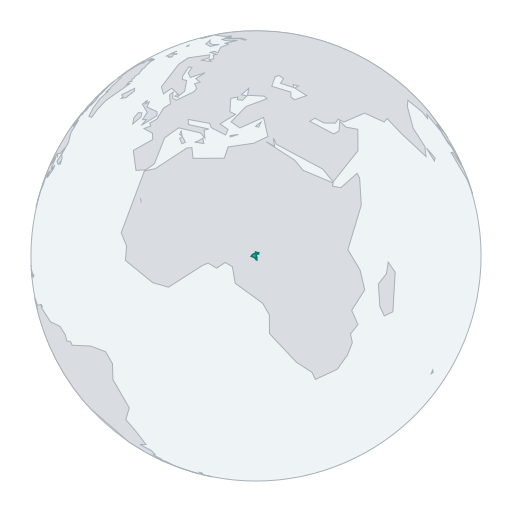 globe centered on Sangha-Mbaéré, rotated 337°
{"feature_id": "CAF-802", "entity_name": "Sangha-Mbaéré", "entity_type": "Economic Prefecture", "adm_level": 1, "iso_a3": "CAF", "parent_name": "Central African Republic", "parent_adm1": "", "projection": "orthographic", "projection_center": [16.411, 3.248], "detail": "fine", "context": "on_globe", "style": "filled", "palette": "teal", "viewbox_px": 512, "rotation_deg": 337, "n_neighbors": 0, "source": "natural_earth", "source_scale": "10m", "svg_char_len": 8145}
<svg xmlns="http://www.w3.org/2000/svg" viewBox="0 0 512 512"><g transform="rotate(337 256 256)"><circle cx="256" cy="256" r="225" fill="#eef3f6" stroke="#a8b0b8"/><path d="M175.9,45.5L174.8,45.9L169.7,47.9L175.9,45.5ZM129.0,69.9L131.9,68.0L139.7,63.0L143.1,61.1L151.7,56.4L151.8,56.6L147.3,59.6L140.2,63.8L138.0,65.5L145.9,61.5L133.8,70.2L127.7,78.1L124.5,80.8L115.9,85.0L113.0,84.1L102.0,92.4L110.5,86.9L102.2,95.0L101.4,96.5L102.6,96.4L106.4,93.5L103.8,96.5L94.4,102.4L96.6,99.6L99.5,97.6L98.1,97.6L91.7,102.8L88.0,107.2L82.3,112.6L79.5,116.0L76.7,119.5L79.2,116.4L90.3,103.4L102.3,91.3L115.3,80.1L129.0,69.9ZM78.2,117.6L72.8,124.8L72.6,125.2L78.2,117.6ZM35.2,211.5L36.1,208.0L33.7,221.0L36.2,209.4L35.5,216.0L39.3,216.7L38.3,219.6L41.1,236.2L48.1,244.3L49.7,254.3L48.5,260.1L51.8,262.3L51.9,266.3L68.6,274.3L80.1,285.3L81.8,299.0L76.0,313.9L80.0,346.4L72.2,355.7L76.4,368.6L81.1,386.6L75.5,384.2L83.5,394.0L85.7,399.2L83.9,399.0L89.1,405.5L88.0,405.2L92.7,409.8L99.2,417.5L107.0,424.6L113.8,430.8L119.0,434.8L118.6,434.5L103.7,422.0L90.0,408.3L77.5,393.4L66.3,377.5L66.0,377.0L44.4,332.7L41.1,323.6L40.2,320.8L36.2,305.5L33.3,290.0L31.5,274.4L30.7,258.6L31.1,242.8L32.6,227.1L35.2,211.5ZM45.1,176.7L44.7,177.9L44.6,178.0L45.1,176.7ZM151.2,56.6L151.3,56.5L149.7,57.4L151.2,56.6ZM157.1,53.6L156.9,53.7L157.1,53.6ZM189.6,40.9L189.8,40.7L193.3,39.7L189.6,40.9ZM201.7,37.4L200.9,37.6L197.7,38.5L198.9,38.1L201.7,37.4ZM222.4,33.2L223.6,33.1L215.3,34.5L212.8,34.9L222.4,33.2ZM120.9,436.3L119.8,435.4L127.3,440.7L129.3,442.3L128.3,441.6L120.9,436.3ZM120.1,434.6L119.4,433.1L121.2,434.3L122.1,435.6L120.1,434.6ZM466.1,174.8L468.0,180.1L471.4,190.0L477.8,216.8L478.7,222.6L477.9,217.6L473.8,205.2L476.6,221.5L479.8,235.1L481.1,251.4L480.2,246.3L478.5,232.1L477.0,227.3L474.8,213.0L468.7,192.5L467.6,196.5L465.2,188.2L456.7,172.0L453.7,177.5L450.6,199.8L454.2,221.2L451.4,230.9L437.9,200.7L430.4,180.7L426.4,182.8L411.8,166.9L389.1,167.0L385.1,162.1L381.0,164.7L370.5,160.1L364.1,152.2L358.1,153.0L375.2,174.0L381.4,173.3L385.6,164.8L389.2,172.5L399.2,179.2L391.0,198.9L356.0,217.9L351.4,202.0L318.2,160.9L318.4,156.3L318.3,155.8L317.8,154.9L316.0,162.4L309.9,154.7L329.0,182.8L332.8,195.5L355.6,218.9L353.7,221.5L360.7,226.3L381.4,219.4L381.8,224.8L372.8,250.3L343.0,286.1L346.3,309.5L342.9,329.6L322.8,343.5L323.1,358.9L312.5,364.7L310.8,373.4L301.5,382.9L286.4,392.0L262.4,392.8L262.1,384.9L251.8,369.8L238.1,332.7L245.3,315.4L243.7,302.1L226.2,273.0L230.1,256.6L225.1,249.9L215.0,251.8L209.1,243.8L202.9,243.8L163.3,250.5L150.6,240.3L134.1,209.0L140.8,196.3L141.0,182.0L186.5,134.1L197.3,136.3L234.5,129.6L239.3,131.1L236.2,141.5L265.1,153.6L272.9,144.7L297.9,151.3L313.6,150.7L317.1,131.4L291.2,131.8L285.5,122.8L305.2,114.5L327.6,115.5L326.1,112.1L310.9,104.7L315.0,98.8L305.5,101.8L310.2,105.1L304.4,107.4L299.8,104.7L301.4,102.5L294.3,101.1L288.4,113.0L292.5,117.7L274.6,120.3L279.7,128.6L275.2,132.7L265.0,120.4L265.2,115.8L247.0,103.8L245.2,108.6L262.2,120.7L257.4,119.8L255.0,127.6L253.0,121.0L234.9,107.8L218.1,111.5L198.5,131.4L188.3,133.6L179.0,130.3L184.3,110.9L206.5,108.4L208.7,102.6L202.7,94.9L209.9,95.2L210.2,92.1L218.4,91.3L228.6,83.7L236.7,82.6L239.3,74.0L243.8,72.6L241.0,77.9L243.4,81.5L263.4,80.5L266.9,78.6L266.9,73.3L272.4,74.2L269.9,69.3L280.8,67.4L265.4,66.0L265.1,61.0L270.8,57.3L267.9,55.7L258.6,61.9L257.3,64.8L260.7,67.4L254.8,76.4L248.3,78.2L243.9,68.7L234.1,70.6L235.0,63.3L259.8,49.3L270.8,47.1L292.0,52.7L290.3,55.3L281.8,54.4L290.9,59.4L289.6,56.9L294.2,58.0L295.0,54.4L298.3,55.0L293.4,50.8L297.5,51.2L300.5,53.9L305.2,49.9L313.4,50.5L312.9,49.4L310.0,48.0L322.3,50.2L321.4,49.4L317.0,48.2L312.3,45.9L308.8,43.1L313.3,44.0L315.1,45.1L325.7,49.4L330.0,53.0L331.5,53.1L328.8,50.3L315.9,45.0L312.5,43.1L319.0,45.2L316.4,44.3L316.1,43.6L320.0,44.1L313.1,41.7L304.0,36.3L310.6,37.5L317.3,39.4L316.6,39.0L332.0,43.9L346.9,49.9L361.4,56.9L375.4,64.9L388.7,74.0L401.4,83.9L413.3,94.7L424.4,106.4L434.7,118.8L444.0,131.9L452.4,145.7L459.8,160.0L466.1,174.8ZM172.3,157.6L171.4,161.8L172.3,157.6ZM352.7,127.3L365.3,128.1L357.3,116.6L361.5,116.1L357.3,112.7L356.7,115.8L346.0,106.5L350.6,103.5L347.9,98.9L343.6,98.5L336.8,105.9L352.1,118.7L350.2,123.4L352.7,127.3ZM39.4,216.6L39.6,219.3L38.8,219.1L39.4,216.6ZM43.8,185.9L44.1,187.3L43.0,188.1L43.8,185.9ZM44.2,179.5L43.4,185.3L41.4,188.5L42.2,185.0L42.6,184.3L44.2,179.5ZM102.7,94.6L103.4,94.2L103.9,94.8L102.1,95.9L102.7,94.6ZM115.6,90.4L111.2,95.5L113.1,92.3L109.7,94.5L109.6,91.2L122.8,82.1L116.8,86.6L115.6,90.4ZM113.0,85.2L111.6,87.7L112.6,85.3L113.0,85.2ZM203.7,78.1L206.9,79.6L204.4,83.1L194.1,86.3L197.6,81.1L203.7,78.1ZM212.1,81.2L210.7,71.9L217.0,70.2L213.7,72.6L218.0,72.4L213.9,76.3L221.3,84.5L219.6,88.2L201.5,90.9L208.4,87.6L204.8,86.1L212.1,81.2ZM195.8,57.5L195.3,55.1L209.8,54.2L208.6,56.6L198.2,59.4L193.5,58.3L195.8,57.5ZM169.6,48.1L168.5,48.5L170.3,47.8L172.7,46.8L169.6,48.1ZM191.5,40.1L193.7,39.5L187.2,41.5L189.4,40.9L176.5,46.3L174.5,46.8L169.3,50.2L162.1,53.1L165.7,50.6L156.3,55.8L156.7,54.8L150.9,58.3L159.7,52.6L159.6,52.4L162.4,51.4L169.0,48.6L171.9,47.4L179.9,44.0L181.1,43.5L191.5,40.1ZM238.7,34.2L233.2,34.3L239.7,35.4L233.2,36.1L234.3,36.2L230.1,37.4L227.0,39.2L223.9,39.5L224.0,40.1L221.2,41.2L220.3,42.3L214.4,43.4L212.9,44.9L211.0,44.6L209.9,47.1L208.0,45.8L204.2,47.5L208.1,47.9L178.2,54.3L167.2,59.2L158.9,64.2L156.8,62.2L163.2,56.6L173.7,50.3L184.7,46.4L181.7,46.6L186.1,44.9L186.6,45.5L188.5,43.7L192.2,42.6L201.6,39.1L201.9,38.0L205.4,36.9L207.1,36.9L209.3,36.0L214.9,35.2L217.5,34.6L225.6,33.7L227.4,34.4L230.2,33.7L236.5,33.3L238.7,34.2ZM207.3,36.0L207.5,36.0L210.3,35.4L208.3,35.8L212.0,35.1L215.2,34.5L218.9,33.8L219.1,33.9L225.8,32.8L229.5,32.7L227.7,33.3L214.3,34.8L211.2,35.5L202.6,37.2L204.6,36.7L207.3,36.0ZM244.1,127.2L247.7,127.5L253.2,126.8L251.9,132.1L244.1,127.2ZM231.6,118.1L234.8,117.3L235.5,123.7L231.7,123.7L231.6,118.1ZM235.9,111.8L234.9,116.8L233.2,114.1L235.9,111.8ZM243.8,77.2L247.2,76.4L247.7,77.6L246.2,79.5L243.8,77.2ZM256.6,39.9L253.7,39.3L254.5,38.9L251.8,37.0L256.4,36.7L259.9,37.7L256.6,39.9ZM313.1,134.7L308.9,138.4L306.3,136.7L308.3,135.7L313.1,134.7ZM279.2,135.0L287.3,137.3L278.7,136.4L279.2,135.0ZM261.2,39.2L259.5,38.4L262.9,38.8L261.2,39.2ZM259.6,36.4L263.4,36.6L256.6,36.4L259.6,36.4ZM374.2,429.9L373.7,432.4L371.2,432.8L374.2,429.9ZM377.8,325.3L360.2,360.8L350.7,361.3L350.3,351.0L357.7,329.6L369.2,323.2L375.3,313.4L377.8,325.3ZM479.6,283.7L479.6,283.1L480.1,279.2L479.6,283.7ZM480.1,279.1L480.2,268.1L476.0,237.0L477.6,237.4L481.1,256.2L481.0,259.5L481.0,268.1L480.1,279.1ZM455.1,223.2L459.2,235.9L457.3,238.2L455.1,223.2ZM298.1,39.4L296.8,42.0L298.9,44.6L304.9,46.9L295.9,45.3L292.7,41.2L298.1,39.4ZM302.8,36.4L297.5,35.1L300.1,35.5L301.6,35.8L302.8,36.4ZM299.4,35.8L292.5,34.8L289.7,34.1L295.7,34.9L299.4,35.8ZM276.9,35.7L276.2,36.4L273.5,35.9L276.9,35.7Z" fill="#d9dde1" stroke="#a8b0b8" stroke-width="1"/><path d="M259.9,254.3L259.7,254.5L259.4,254.5L259.2,254.6L258.9,254.7L258.7,254.7L258.7,254.8L258.6,254.7L258.5,254.8L258.4,254.8L258.2,254.9L257.9,254.8L257.7,254.8L257.2,254.8L256.9,254.9L256.7,255.0L256.6,255.3L256.5,255.7L256.4,255.9L256.4,256.0L256.3,256.3L256.2,256.4L256.2,256.5L256.3,256.6L256.3,256.8L256.1,257.1L256.1,257.3L256.3,257.5L256.2,257.9L256.1,258.0L255.8,258.5L255.7,258.9L255.5,259.2L255.4,259.5L255.2,260.0L255.1,259.9L255.0,259.7L254.9,259.5L254.9,259.4L254.8,259.1L254.8,258.9L254.7,258.9L254.8,258.7L254.8,258.4L254.7,258.3L254.8,258.3L254.8,258.2L254.7,258.1L254.6,257.9L254.7,257.7L254.8,257.6L254.7,257.5L254.7,257.4L254.6,257.2L254.4,257.0L254.2,256.8L254.2,256.7L253.8,256.6L253.7,256.5L253.3,256.2L252.9,255.8L252.5,255.4L252.1,255.0L251.8,254.6L251.5,254.4L252.1,254.0L252.2,253.9L252.3,253.9L252.4,254.0L252.5,254.1L252.8,253.7L253.3,253.4L253.8,253.2L254.6,253.1L254.8,253.1L255.2,253.3L255.3,253.3L255.5,253.4L255.6,253.5L255.8,253.5L256.1,253.7L256.3,253.5L256.3,253.4L256.5,253.2L256.7,252.9L256.7,252.7L256.8,252.4L257.0,252.1L257.3,252.1L257.6,252.5L257.9,252.9L258.0,253.1L258.2,253.3L258.4,253.3L258.6,253.4L258.8,253.5L259.0,253.5L259.4,253.7L259.6,253.8L259.9,254.3L259.9,254.3Z" fill="#14b8a6" stroke="#0f766e" stroke-width="1.5"/></g></svg>